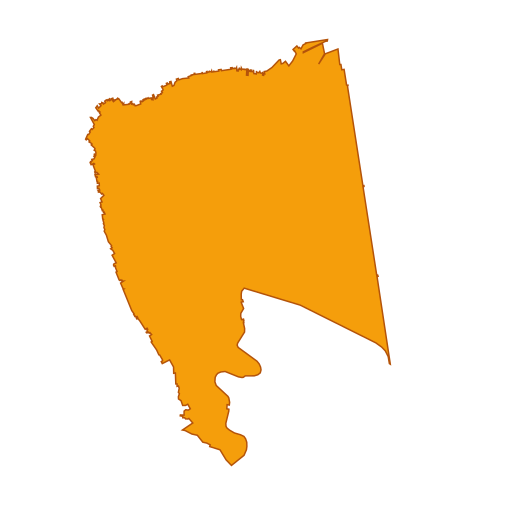 outline of Sector 2, Bucharest, Romania, rotated 73°
{"feature_id": "2599482B90996716719963", "entity_name": "Sector 2", "entity_type": "district", "adm_level": 2, "iso_a3": "ROU", "parent_name": "Romania", "parent_adm1": "Bucharest", "projection": "robinson", "projection_center": [26.131, 44.46], "detail": "fine", "context": "isolated", "style": "filled", "palette": "amber", "viewbox_px": 512, "rotation_deg": 73, "n_neighbors": 0, "source": "geoboundaries", "source_scale": "gbopen_adm2", "svg_char_len": 5929}
<svg xmlns="http://www.w3.org/2000/svg" viewBox="0 0 512 512"><g transform="rotate(73 256 256)"><path d="M398.7,159.2L310.6,146.2L311.0,145.2L309.8,145.2L309.2,146.1L221.0,133.4L221.1,132.4L220.2,132.2L219.9,133.2L120.7,118.9L119.6,118.1L119.0,119.4L103.3,117.2L103.0,119.5L97.7,118.8L97.4,119.9L82.0,117.1L82.9,130.6L90.8,140.0L82.6,131.3L72.0,130.3L75.4,151.3L74.6,151.1L72.9,140.3L71.0,126.6L71.3,125.0L69.9,124.3L66.8,146.2L67.3,146.2L67.9,149.3L71.0,152.4L69.2,153.6L69.6,154.5L67.1,155.5L69.3,160.2L71.2,159.5L71.1,159.1L74.5,158.4L80.2,163.9L83.8,169.0L78.4,170.9L79.7,174.0L79.6,175.7L75.4,175.3L75.3,176.6L80.4,185.6L82.3,191.6L82.0,194.2L84.4,194.4L84.0,195.2L85.5,195.9L85.0,196.8L81.9,195.7L83.1,196.5L82.3,198.3L80.6,198.4L81.5,199.8L80.7,201.6L79.2,201.4L82.0,202.5L80.9,204.7L77.9,204.1L77.7,204.5L78.9,204.9L78.2,206.7L76.8,206.2L76.6,206.6L78.0,207.1L77.4,208.4L76.7,208.1L75.4,208.8L80.9,210.8L80.3,212.2L74.6,210.1L74.4,210.6L75.0,210.8L74.2,212.7L73.2,212.8L73.9,213.1L73.2,214.8L72.0,215.0L73.6,215.6L72.3,216.8L71.0,216.8L72.7,217.5L72.3,218.3L73.9,219.0L73.3,220.2L70.1,219.5L70.6,220.0L70.4,221.7L69.5,221.6L70.2,222.1L69.9,223.9L68.9,223.7L68.6,225.2L70.1,225.4L68.7,234.8L67.4,234.8L67.0,237.4L68.3,237.6L67.5,242.3L66.3,242.2L67.4,242.6L67.2,244.4L66.0,244.3L66.5,244.7L66.3,246.4L65.7,246.7L66.2,247.5L66.0,249.0L65.2,248.9L65.2,249.4L66.5,249.5L65.9,253.9L64.3,253.7L65.6,254.3L64.5,261.2L63.4,261.1L63.3,261.7L64.3,261.8L64.0,264.9L64.5,264.8L64.7,268.4L66.1,268.3L64.9,274.3L65.0,278.3L63.5,278.4L63.6,280.4L65.2,280.3L66.2,282.6L68.9,284.6L69.2,286.4L64.2,286.3L64.2,287.6L65.9,287.9L65.9,289.6L64.6,290.2L64.7,291.2L66.2,290.9L66.6,292.2L66.9,295.7L65.9,296.0L66.2,296.9L69.5,296.2L70.3,296.6L70.8,298.2L72.4,297.8L72.8,299.5L73.5,299.4L73.4,303.1L74.7,303.0L74.9,304.6L76.0,304.5L76.4,306.4L71.7,306.8L71.9,307.9L74.7,308.0L74.6,308.5L76.5,308.8L75.9,310.1L74.2,310.0L73.8,313.0L73.2,313.0L73.8,315.0L73.0,315.1L73.5,316.7L74.1,316.6L74.2,317.3L73.3,317.4L73.7,318.6L74.7,318.4L75.1,319.4L75.7,319.4L74.9,319.7L74.8,320.7L74.1,320.7L74.2,321.5L76.9,321.8L77.2,326.5L77.0,327.7L75.3,327.9L75.5,329.1L74.4,329.2L74.4,330.5L71.9,329.7L72.0,331.1L73.3,331.6L73.2,332.9L73.8,333.1L72.8,338.4L71.4,337.9L72.1,339.0L69.9,339.1L70.0,339.7L65.4,341.3L65.5,342.1L64.7,342.2L65.5,343.8L65.4,345.2L65.9,345.1L66.7,347.2L65.3,347.7L65.0,346.8L63.2,346.8L63.3,348.5L63.9,348.4L64.7,350.2L62.9,350.2L63.3,351.3L64.1,351.3L64.1,352.8L63.0,352.8L63.1,354.0L63.7,355.4L65.4,355.1L66.0,357.3L65.1,357.3L64.1,358.6L65.2,358.9L64.8,361.2L67.0,360.3L67.9,362.0L68.5,363.3L65.9,363.9L67.4,365.9L71.3,364.6L71.0,364.1L72.7,363.1L73.1,363.9L75.9,363.1L77.1,366.1L79.7,368.3L78.8,369.2L79.4,370.6L76.7,371.7L75.3,372.9L75.1,373.8L83.0,372.2L84.4,373.7L85.8,373.4L87.1,375.7L86.2,376.2L88.1,378.8L89.0,378.3L90.9,380.5L90.6,381.4L94.5,384.8L95.3,384.4L94.5,382.9L97.2,381.4L98.1,382.3L98.7,381.8L98.3,380.9L98.6,381.5L101.0,380.1L101.6,381.1L105.5,378.8L106.5,378.6L107.5,379.8L108.6,378.8L110.6,378.9L111.9,379.5L111.0,381.3L112.8,379.8L113.7,380.7L112.9,381.4L113.2,381.9L114.5,381.3L115.8,382.5L115.6,384.8L117.0,384.6L117.4,386.6L118.2,386.5L118.3,387.3L120.5,387.0L120.0,384.0L120.8,383.5L121.3,385.2L128.3,384.8L128.4,385.6L129.7,385.6L129.6,383.6L131.7,382.6L131.2,386.2L133.3,386.3L133.7,384.8L134.3,384.8L134.1,385.8L138.4,386.3L138.5,385.7L140.1,386.4L140.5,384.6L143.0,385.3L142.8,387.3L145.1,387.9L145.3,386.5L147.2,386.2L147.1,387.8L148.3,387.2L148.3,387.9L148.8,388.0L149.4,386.4L151.6,385.5L151.3,384.6L153.5,383.7L155.6,387.8L159.3,387.5L159.3,389.5L162.0,389.3L163.0,390.4L163.9,390.3L163.9,389.8L167.5,389.7L167.3,389.1L169.7,389.1L169.6,388.4L171.7,388.1L171.6,391.0L175.4,391.7L176.3,391.2L176.5,391.8L180.1,391.9L180.5,392.5L182.5,392.1L184.4,393.1L186.4,392.8L187.9,393.9L192.3,393.0L199.2,393.0L203.9,391.1L204.7,391.8L206.1,391.2L206.6,392.9L208.7,391.3L212.3,390.5L213.2,393.4L221.7,391.7L221.9,394.0L222.9,394.9L224.4,394.7L224.3,393.3L224.7,393.3L225.8,393.8L230.3,393.4L230.5,394.6L238.8,393.9L239.5,393.5L239.3,392.2L240.2,392.1L240.1,391.2L241.1,391.1L241.3,390.2L242.3,393.4L248.5,392.7L248.9,392.0L249.1,392.8L271.8,390.8L275.8,389.5L276.0,390.0L278.4,389.5L278.3,389.0L279.2,388.7L279.1,387.4L280.2,387.2L280.6,388.5L281.4,388.3L281.1,387.3L284.0,386.1L293.7,383.4L293.2,381.3L294.4,381.0L294.7,381.9L296.4,381.8L296.8,383.3L297.3,383.2L297.7,382.8L297.5,381.0L298.6,380.7L298.3,379.8L300.6,378.8L301.3,381.2L307.3,380.3L307.6,381.4L316.8,378.5L322.1,377.8L322.6,377.0L327.8,375.8L328.8,375.9L329.3,377.5L331.5,377.1L330.1,369.0L338.0,367.3L344.1,369.0L344.3,367.3L354.9,370.1L355.3,368.9L357.6,369.6L357.7,368.2L360.0,368.1L363.7,370.1L365.2,369.5L367.9,371.4L370.1,371.9L372.4,370.0L377.5,369.8L378.3,367.1L377.8,364.6L382.9,363.5L383.6,365.8L382.5,368.1L383.3,370.1L387.1,371.3L385.9,374.8L386.7,375.2L387.9,372.9L389.3,373.3L389.8,371.5L391.2,371.0L392.0,368.6L391.7,367.7L397.2,365.3L400.9,377.2L402.2,374.8L407.5,369.4L410.3,364.5L418.5,361.3L420.5,357.8L423.2,355.0L424.7,356.0L430.8,347.1L442.2,344.2L449.1,340.7L443.1,325.7L438.5,321.8L435.4,320.4L431.4,319.3L427.7,319.4L425.0,320.3L422.4,323.1L418.9,328.4L414.8,332.2L412.1,334.0L410.2,334.5L407.2,333.8L396.6,327.5L394.6,326.7L393.6,328.6L389.7,327.1L390.7,325.1L388.2,324.0L383.8,323.5L382.0,323.9L368.2,331.9L364.3,332.1L360.1,330.5L358.1,328.6L357.0,326.8L356.6,323.6L357.4,319.3L366.4,308.2L368.1,304.9L368.3,303.6L367.5,301.3L370.1,292.7L370.1,289.0L369.0,286.1L366.4,284.5L363.6,284.1L360.2,284.5L356.9,285.8L338.2,299.8L335.7,300.1L333.8,298.9L325.4,289.2L322.1,288.1L316.2,287.6L316.2,287.1L314.3,287.0L314.3,286.5L312.7,286.4L312.6,288.4L309.3,288.3L306.4,287.3L302.6,283.2L296.2,283.7L295.7,283.6L296.0,281.6L293.8,281.7L293.5,282.8L288.2,281.3L285.5,280.0L283.3,276.7L315.9,228.1L374.1,166.8L379.9,162.4L384.5,160.1L390.8,159.0L397.9,159.9L398.7,159.2Z" fill="#f59e0b" stroke="#b45309" stroke-width="1.5"/></g></svg>